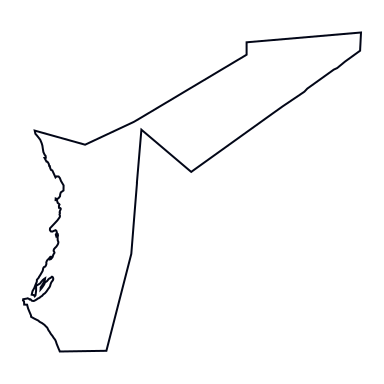 Chami, Inchiri, Mauritania
{"feature_id": "47542326B60250303477597", "entity_name": "Chami", "entity_type": "district", "adm_level": 2, "iso_a3": "MRT", "parent_name": "Mauritania", "parent_adm1": "Inchiri", "projection": "robinson", "projection_center": [-16.149, 20.164], "detail": "fine", "context": "isolated", "style": "outline", "palette": "ink", "viewbox_px": 384, "rotation_deg": 0, "n_neighbors": 0, "source": "geoboundaries", "source_scale": "gbopen_adm2", "svg_char_len": 2701}
<svg xmlns="http://www.w3.org/2000/svg" viewBox="0 0 384 384"><path d="M304.4,91.7L307.3,88.6L333.8,69.6L337.1,68.1L344.9,61.7L345.0,61.6L360.1,50.7L360.2,48.3L360.4,44.7L361.0,32.5L246.6,42.3L246.6,54.7L139.1,118.8L133.8,121.9L85.1,144.7L34.7,130.6L35.4,133.8L36.9,135.5L38.1,137.0L40.2,139.7L41.0,141.6L41.7,143.3L42.4,145.7L42.8,148.5L43.1,150.3L43.4,152.1L44.6,154.7L45.6,155.9L45.8,157.7L44.5,157.9L46.5,161.6L46.9,161.5L47.3,161.7L48.0,162.5L48.8,164.0L49.3,166.1L49.8,166.1L50.2,168.1L51.0,169.9L52.3,170.4L55.5,177.4L56.5,176.4L58.6,176.5L59.9,178.1L61.0,181.0L63.6,185.4L63.5,190.5L60.8,192.4L60.2,194.3L60.0,196.3L58.7,198.0L57.2,199.1L55.7,198.5L55.6,200.1L56.9,200.1L57.7,202.9L58.8,203.7L59.5,204.5L58.9,205.9L59.0,207.8L60.1,208.0L60.7,208.5L60.7,209.3L60.1,210.5L59.6,212.2L60.0,213.0L59.5,214.4L60.0,216.0L59.7,217.2L57.4,220.4L50.0,228.3L49.9,230.0L50.8,231.4L52.3,231.6L54.5,230.6L55.6,230.2L56.4,230.9L56.9,232.7L56.3,233.7L55.8,234.7L56.3,236.3L57.0,235.5L57.2,233.9L57.8,234.1L58.0,235.8L57.6,236.7L57.7,240.3L58.4,242.1L58.1,243.7L57.5,244.9L56.3,246.7L55.1,247.8L53.9,249.3L53.6,250.9L54.2,251.8L54.5,252.8L53.4,254.5L52.5,257.2L50.9,259.1L50.2,259.3L50.4,258.0L51.0,256.8L50.4,256.8L50.1,257.1L49.0,258.5L47.3,260.2L46.8,261.0L46.3,262.4L46.4,263.9L46.0,265.2L45.3,266.5L43.8,267.2L43.2,268.3L42.8,270.3L42.5,271.2L39.8,275.8L39.1,276.7L38.8,277.6L38.0,278.5L36.9,279.8L36.8,281.7L35.4,285.1L34.3,288.0L32.5,291.2L31.7,294.7L33.9,295.1L34.7,296.3L35.5,295.3L36.1,290.8L36.1,285.7L37.5,285.0L40.2,283.4L41.1,282.0L42.0,281.0L42.8,280.0L43.6,279.4L44.2,278.9L45.1,278.3L44.9,279.6L44.4,281.3L44.0,281.9L42.6,284.5L41.4,286.3L40.6,287.6L40.7,288.4L40.6,289.4L42.0,287.7L43.5,285.5L44.2,284.4L45.0,282.4L46.9,281.2L47.5,280.5L48.5,279.2L49.5,278.4L50.4,278.0L51.0,277.6L51.4,277.1L51.9,276.7L52.5,276.9L53.1,277.9L53.3,279.0L53.0,279.8L52.9,280.3L51.9,281.5L51.2,282.6L50.6,284.1L50.1,286.0L49.4,287.4L48.0,289.2L47.1,290.6L46.3,291.7L45.0,293.2L43.3,294.4L42.2,295.8L40.3,297.0L39.9,297.5L39.3,297.8L38.8,298.2L37.7,298.6L36.6,299.5L34.3,300.8L33.3,301.0L31.8,300.7L30.5,299.3L29.6,299.5L29.2,299.0L27.7,298.3L27.2,298.5L23.9,299.1L23.2,299.2L23.0,300.5L24.0,301.3L24.2,304.6L27.1,304.7L27.5,306.3L28.1,308.5L29.3,311.4L29.8,312.6L31.0,315.4L31.1,316.8L34.3,318.6L35.7,319.3L38.3,320.6L39.5,321.7L40.3,322.2L41.9,323.0L43.0,323.8L44.5,324.9L46.0,326.5L47.2,327.6L48.6,330.5L49.5,331.6L50.1,332.7L51.1,334.3L52.3,335.7L53.7,337.9L55.1,339.7L55.9,341.4L56.6,343.7L59.0,349.6L59.3,350.1L59.7,351.3L59.8,351.5L106.4,350.8L131.3,253.9L134.3,216.2L137.0,182.9L136.9,182.8L141.4,129.7L191.2,171.9L272.5,113.6L282.6,106.4L304.4,91.7Z" fill="none" stroke="#020617" stroke-width="2"/></svg>